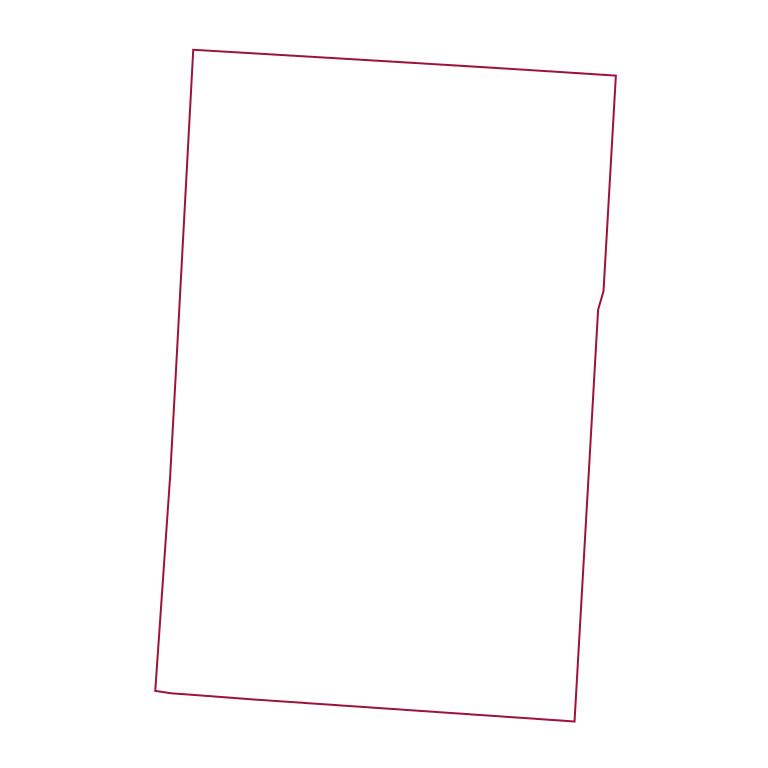 Macoupin, Illinois, United States of America, rotated 4°
{"feature_id": "52423323B43896440461795", "entity_name": "Macoupin", "entity_type": "district", "adm_level": 2, "iso_a3": "USA", "parent_name": "United States of America", "parent_adm1": "Illinois", "projection": "equal_earth", "projection_center": [-89.97, 39.261], "detail": "fine", "context": "isolated", "style": "outline", "palette": "rose", "viewbox_px": 768, "rotation_deg": 4, "n_neighbors": 0, "source": "geoboundaries", "source_scale": "gbopen_adm2", "svg_char_len": 327}
<svg xmlns="http://www.w3.org/2000/svg" viewBox="0 0 768 768"><g transform="rotate(4 384 384)"><path d="M170.4,63.9L175.5,382.5L177.1,490.7L177.2,706.1L193.5,707.4L203.5,707.4L275.3,707.8L597.6,707.4L592.4,294.9L596.5,276.3L593.8,60.2L489.4,60.8L383.7,61.7L170.4,63.9Z" fill="none" stroke="#9f1239" stroke-width="2"/></g></svg>